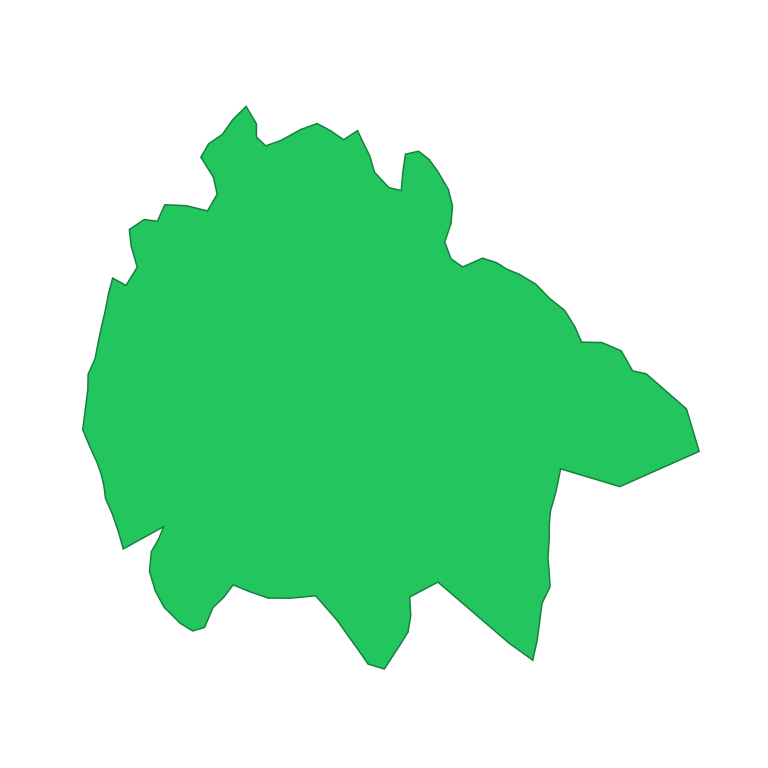 the district of Alcântaras, Ceará, Brazil, rotated 83°
{"feature_id": "56859067B37073586191016", "entity_name": "Alcântaras", "entity_type": "district", "adm_level": 2, "iso_a3": "BRA", "parent_name": "Brazil", "parent_adm1": "Ceará", "projection": "orthographic", "projection_center": [-40.547, -3.584], "detail": "fine", "context": "isolated", "style": "filled", "palette": "green", "viewbox_px": 768, "rotation_deg": 83, "n_neighbors": 0, "source": "geoboundaries", "source_scale": "gbopen_adm2", "svg_char_len": 1547}
<svg xmlns="http://www.w3.org/2000/svg" viewBox="0 0 768 768"><g transform="rotate(83 384 384)"><path d="M603.7,591.7L585.1,581.0L576.3,569.2L565.0,558.2L573.7,542.8L582.3,525.2L585.2,503.2L585.9,477.6L613.4,459.0L631.4,449.3L644.7,442.0L660.1,433.9L666.9,418.4L645.5,400.4L633.2,390.4L617.3,385.7L598.5,384.4L587.2,354.6L656.2,291.7L676.3,270.0L657.0,263.2L642.1,259.3L621.2,254.0L605.3,243.8L591.2,243.0L577.1,242.5L556.2,238.6L543.4,237.0L530.8,234.4L511.5,226.3L489.8,219.0L514.6,162.4L489.3,79.4L445.7,86.8L405.9,122.4L401.2,135.7L380.1,144.4L369.4,162.7L366.5,182.8L350.6,187.5L333.0,195.7L318.9,209.5L303.5,221.1L291.5,236.5L285.2,247.8L277.4,257.4L271.1,270.8L277.4,291.7L268.0,302.2L250.5,306.4L232.5,297.8L215.5,294.3L198.8,296.4L179.4,304.8L166.6,311.9L157.2,321.3L158.5,334.7L175.5,339.4L194.1,343.3L189.6,355.3L172.6,367.6L155.9,370.3L143.4,374.7L129.3,379.4L136.6,394.3L125.9,406.4L117.3,418.7L121.2,435.4L129.8,456.9L133.2,472.4L123.3,480.5L110.2,478.9L91.7,487.0L103.2,501.9L116.5,514.0L124.3,528.9L136.6,538.1L158.0,528.1L175.3,526.5L190.7,538.1L182.8,559.0L179.4,579.7L194.9,589.1L191.5,601.9L199.6,617.9L215.8,618.2L238.0,614.7L254.7,628.1L245.8,640.4L260.7,646.4L278.7,652.2L291.3,656.9L305.6,661.9L323.6,667.6L338.3,676.5L353.2,678.6L374.1,683.9L392.6,688.6L411.4,683.3L426.8,678.4L438.9,675.7L451.1,674.4L463.7,674.4L479.1,669.7L497.1,665.8L515.9,662.9L498.7,620.0L510.7,626.8L522.2,635.4L541.5,639.6L561.6,636.2L578.9,629.4L596.6,615.5L605.8,604.0L603.7,591.7Z" fill="#22c55e" stroke="#15803d" stroke-width="1.5"/></g></svg>